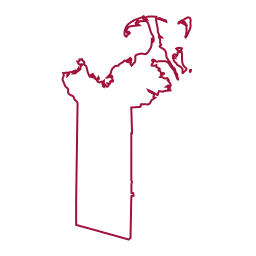 an SVG outline of Massachusetts, rotated 269°
{"feature_id": "USA-3513", "entity_name": "Massachusetts", "entity_type": "State", "adm_level": 1, "iso_a3": "USA", "parent_name": "United States of America", "parent_adm1": "", "projection": "natural_earth1", "projection_center": [-70.926, 42.063], "detail": "fine", "context": "isolated", "style": "outline", "palette": "rose", "viewbox_px": 256, "rotation_deg": 269, "n_neighbors": 0, "source": "natural_earth", "source_scale": "10m", "svg_char_len": 6061}
<svg xmlns="http://www.w3.org/2000/svg" viewBox="0 0 256 256"><g transform="rotate(269 128 128)"><path d="M160.4,158.2L160.7,157.5L164.1,152.0L165.6,148.8L164.7,149.2L163.9,150.1L162.0,153.8L161.5,154.3L160.9,154.7L158.7,153.9L158.4,154.4L157.8,155.7L155.8,152.5L154.7,151.6L153.4,151.0L152.3,150.3L151.6,149.4L151.3,148.8L151.2,148.3L151.5,145.2L151.4,144.1L151.6,142.4L151.5,141.5L151.3,141.2L150.8,141.1L149.6,141.2L149.1,141.0L148.9,140.6L148.4,131.6L122.7,132.0L122.6,131.2L75.6,130.4L74.4,130.9L73.9,131.0L71.7,130.4L63.1,130.3L62.7,132.1L60.1,132.3L60.0,130.3L56.6,130.0L18.1,128.6L16.5,126.7L32.0,74.5L42.4,74.6L48.4,74.8L54.1,74.8L153.5,78.0L154.6,77.7L155.6,77.0L157.3,75.2L157.8,74.9L160.4,74.0L161.0,73.3L161.8,71.3L162.3,70.5L163.1,69.5L163.8,69.0L164.9,68.7L167.4,68.9L168.0,68.7L168.8,68.2L170.1,66.7L171.1,65.9L177.2,63.5L177.7,63.4L178.5,63.5L180.6,64.4L181.8,64.7L184.1,64.2L184.0,64.7L184.5,67.5L184.4,68.2L183.8,68.4L181.0,68.2L181.6,68.9L182.2,69.3L183.5,69.9L184.4,69.9L184.6,70.1L184.9,70.8L184.7,71.8L186.5,76.8L186.0,77.4L184.2,74.8L183.5,74.2L183.7,76.6L185.1,77.9L188.6,79.5L187.6,80.0L186.5,80.0L187.6,81.4L191.1,81.7L191.2,82.7L192.3,83.4L192.5,82.6L192.4,80.6L192.9,79.8L193.7,79.3L195.4,78.5L195.3,79.6L195.5,80.2L196.1,80.5L196.9,80.6L197.5,80.8L197.2,82.1L197.6,82.7L197.6,83.2L196.7,83.2L196.2,83.6L195.9,84.3L195.4,84.9L194.4,85.5L193.3,85.4L193.1,85.0L192.7,84.9L192.0,85.4L190.6,87.3L184.3,88.8L181.1,90.0L180.1,90.8L180.6,91.3L179.7,92.1L179.3,93.5L180.1,93.1L181.6,91.9L181.8,92.6L182.5,93.3L182.6,93.8L181.5,94.1L179.3,96.1L177.8,96.1L177.4,96.4L177.2,97.4L177.7,98.2L179.3,99.3L177.7,99.8L176.0,97.9L174.8,98.5L174.2,99.6L174.1,100.3L174.6,101.5L175.0,104.0L175.5,104.7L174.6,104.6L173.6,103.4L172.7,103.1L172.1,103.3L172.2,103.8L172.7,104.4L173.3,104.7L172.2,104.9L170.2,103.7L169.5,104.7L170.8,105.2L171.3,105.6L171.6,106.3L170.7,106.4L169.9,106.9L169.6,107.7L170.1,108.7L170.8,109.3L171.4,109.4L172.9,108.5L172.6,110.6L173.6,111.0L174.8,110.9L175.5,111.9L175.3,112.4L174.6,113.0L174.6,113.3L175.3,113.8L175.7,113.8L175.8,113.6L176.2,113.6L177.1,113.3L178.8,112.2L179.5,113.2L180.3,112.9L180.8,112.1L180.8,111.7L180.0,111.2L179.3,110.1L178.8,108.9L178.8,107.9L181.5,110.6L183.0,111.7L186.0,112.5L187.4,113.3L188.6,114.4L190.2,116.3L190.3,116.8L190.4,119.4L190.7,119.4L191.5,120.0L192.6,121.6L194.1,124.3L195.5,125.6L195.2,127.0L195.7,128.2L197.6,131.1L198.0,131.5L197.6,132.0L197.0,132.5L196.4,132.6L195.7,132.4L195.1,132.0L196.4,131.6L195.6,129.4L195.0,128.3L194.4,127.8L194.0,128.3L193.4,132.0L192.3,131.6L191.8,131.7L190.3,132.7L194.0,136.2L197.1,136.6L199.6,136.4L200.9,137.5L201.8,140.2L202.2,143.2L201.7,145.3L201.6,147.3L203.4,149.3L207.5,152.0L209.9,152.9L217.7,153.6L216.8,153.9L214.5,153.9L213.7,154.4L214.0,154.9L215.2,155.2L217.7,155.2L219.7,154.5L222.9,152.7L230.5,150.6L233.5,149.3L234.8,147.3L234.6,144.9L234.7,142.1L233.5,140.2L234.1,140.2L235.6,139.6L235.6,139.1L234.4,138.9L233.1,137.7L232.4,137.5L231.6,138.0L231.2,140.4L230.5,141.2L229.8,133.3L229.6,131.9L228.6,129.9L226.2,128.4L224.5,127.9L223.0,129.0L222.8,129.9L224.1,129.9L224.2,130.7L223.0,131.5L222.2,130.8L220.4,128.4L219.4,128.1L219.6,127.5L220.0,126.9L220.5,126.6L221.3,126.2L222.8,126.1L225.7,126.5L227.4,127.1L229.7,128.3L231.6,129.8L233.9,133.0L235.9,136.5L238.4,144.0L239.5,145.6L239.1,146.0L238.6,146.1L237.7,145.4L237.1,145.1L236.6,145.5L236.4,147.7L236.1,148.8L237.5,147.9L238.5,148.1L238.9,149.1L239.1,153.2L238.7,158.4L236.2,157.8L226.3,159.5L223.3,159.5L221.3,160.5L219.9,160.9L219.4,161.4L218.4,163.0L217.9,163.4L218.0,162.6L218.6,160.6L217.7,160.8L216.0,161.5L215.0,161.7L212.9,161.5L212.1,161.7L211.1,162.4L210.5,162.7L209.6,161.3L208.8,161.1L208.2,161.7L206.3,164.9L205.0,166.3L203.4,167.1L201.7,167.5L199.6,167.5L197.7,167.9L193.8,170.4L192.1,169.7L193.6,168.1L194.2,166.0L194.2,160.0L193.9,158.7L193.8,157.6L194.2,156.9L195.0,156.2L195.5,155.5L195.1,154.7L196.0,154.1L195.5,153.3L195.0,153.2L194.5,153.7L194.3,154.7L193.8,154.7L191.9,153.3L190.6,152.6L190.0,152.8L189.8,155.3L189.9,156.3L190.4,157.4L188.8,157.2L188.2,158.0L187.7,159.3L186.6,160.6L185.9,159.5L185.1,159.6L184.6,160.2L184.7,160.9L183.7,161.5L182.5,162.0L181.9,161.9L182.3,163.9L182.2,164.8L181.4,164.9L181.1,164.5L180.4,162.4L178.4,161.1L178.3,163.1L177.4,164.4L176.8,165.8L177.2,168.1L175.8,169.2L175.0,169.6L174.2,169.7L174.3,169.1L171.6,171.1L170.0,171.5L168.2,170.7L169.4,170.2L169.8,169.2L169.4,168.0L168.6,167.0L168.6,168.7L167.9,169.1L165.6,168.7L166.5,170.3L164.9,171.1L164.3,164.6L163.7,163.7L164.3,159.5L160.4,158.2ZM199.0,177.8L199.8,178.5L200.7,178.8L202.6,178.9L203.3,182.9L202.2,183.2L193.4,183.3L191.5,183.7L189.8,184.4L188.3,185.4L186.5,187.4L185.9,187.5L184.7,186.8L182.9,184.7L182.1,184.1L182.1,183.5L186.1,183.5L187.8,182.1L188.6,181.1L190.3,178.3L191.9,177.3L193.7,175.5L197.2,174.1L197.9,174.3L197.3,176.2L198.2,175.7L199.3,174.1L200.2,174.5L200.9,175.7L200.8,176.5L200.2,177.1L199.0,177.8ZM231.6,180.5L231.7,180.2L232.5,180.4L233.2,181.0L234.6,184.4L236.5,187.6L237.6,189.7L237.0,191.8L234.9,192.6L232.3,192.2L228.9,192.4L226.4,191.9L219.0,188.4L217.6,187.2L218.0,186.9L219.0,187.1L219.9,187.7L224.9,188.3L227.2,188.1L228.3,188.2L228.9,188.5L229.4,188.6L229.9,188.4L230.5,187.7L232.1,187.2L233.0,186.4L233.7,185.4L234.1,184.3L232.9,184.7L231.2,186.5L230.2,186.9L232.2,183.8L232.6,182.1L231.6,180.5ZM186.1,173.8L190.6,170.6L191.6,170.8L192.5,171.3L187.6,174.0L187.6,174.6L187.0,175.3L185.6,176.1L182.9,176.6L182.5,176.0L183.2,175.5L184.2,175.6L186.1,173.8ZM203.7,180.4L204.5,179.7L205.6,178.3L206.5,177.6L207.1,178.9L207.2,181.4L207.1,182.5L206.7,183.2L205.9,183.1L204.9,182.3L204.1,181.3L203.7,180.4ZM236.6,160.0L237.1,160.2L237.3,160.6L237.4,161.7L236.4,163.3L234.8,167.9L233.6,168.1L236.1,162.1L236.6,160.0ZM180.6,176.9L181.3,176.2L182.0,177.2L181.6,177.7L180.3,178.2L178.4,178.2L177.0,178.5L176.3,179.1L175.7,178.8L176.2,178.3L177.1,177.7L178.0,177.6L178.9,177.1L180.6,176.9ZM183.1,190.9L183.6,190.9L184.1,190.7L184.9,191.2L184.9,191.9L183.6,191.7L183.0,191.2L183.1,190.9Z" fill="none" stroke="#9f1239" stroke-width="2"/></g></svg>